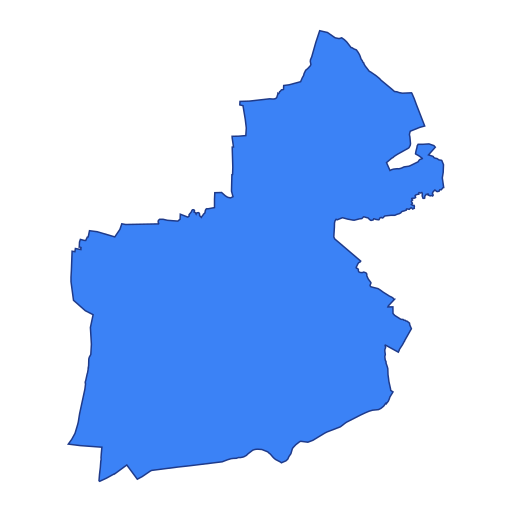 the district of Salard, Bihor, Romania
{"feature_id": "2599482B49105030234410", "entity_name": "Salard", "entity_type": "district", "adm_level": 2, "iso_a3": "ROU", "parent_name": "Romania", "parent_adm1": "Bihor", "projection": "mercator", "projection_center": [22.046, 47.233], "detail": "fine", "context": "isolated", "style": "filled", "palette": "blue", "viewbox_px": 512, "rotation_deg": 0, "n_neighbors": 0, "source": "geoboundaries", "source_scale": "gbopen_adm2", "svg_char_len": 6018}
<svg xmlns="http://www.w3.org/2000/svg" viewBox="0 0 512 512"><path d="M386.3,403.7L388.3,401.2L389.3,398.9L389.9,397.0L393.0,391.9L390.7,390.4L390.6,389.2L388.9,381.5L388.5,378.2L388.0,374.7L387.8,368.7L387.4,367.1L386.4,364.1L386.0,363.1L386.1,362.0L385.7,360.9L385.4,360.5L385.2,359.7L384.8,356.7L385.3,354.5L384.9,351.7L384.8,349.8L385.6,347.5L385.1,345.3L385.5,345.1L398.2,352.1L398.3,351.7L398.5,351.8L399.2,350.3L399.3,349.7L399.8,348.8L402.5,344.7L404.1,341.7L404.5,341.3L404.6,340.7L411.4,328.7L409.8,325.0L409.5,323.1L407.1,321.2L406.0,321.0L405.2,320.3L403.7,320.1L403.0,319.4L401.6,319.4L400.7,319.2L394.7,315.4L393.0,313.5L392.9,306.9L387.9,306.9L388.4,305.8L394.6,299.2L393.6,299.0L393.2,298.2L391.6,297.1L389.6,296.2L383.1,292.1L380.1,289.9L378.0,288.6L370.9,286.8L370.3,286.1L370.0,285.3L370.9,283.2L370.9,282.6L368.2,278.9L366.8,275.8L366.8,274.4L366.6,273.6L366.1,273.0L364.6,272.3L363.4,272.1L362.8,272.5L361.6,272.6L359.8,272.4L358.7,271.7L358.5,271.2L358.3,270.7L358.4,269.8L358.1,269.0L356.9,268.2L356.5,268.3L356.3,268.0L356.2,267.3L358.0,263.6L358.7,262.7L360.2,261.9L360.7,261.1L334.7,238.9L333.8,236.9L334.4,227.2L334.5,223.0L335.0,220.9L336.1,219.3L337.2,219.8L342.5,217.7L347.6,219.1L352.9,220.1L354.3,220.2L359.7,218.8L361.8,218.6L363.6,216.8L364.0,216.8L366.6,217.6L367.9,217.8L369.4,219.3L370.6,220.3L371.3,220.4L373.2,219.9L373.7,218.8L374.2,218.8L375.8,219.4L378.5,219.8L379.0,219.7L379.8,218.1L380.4,217.7L381.2,217.4L382.2,218.0L382.5,217.9L383.1,217.7L384.5,216.2L385.3,215.9L391.0,215.3L394.6,215.3L395.1,215.2L397.0,214.3L399.2,213.7L400.7,212.9L401.9,211.5L404.2,210.9L406.3,210.1L406.4,209.2L406.8,208.9L409.3,209.3L410.3,208.3L411.1,207.8L411.8,208.0L412.0,208.4L412.6,209.0L414.3,208.3L414.2,207.1L414.4,206.4L414.1,205.4L412.6,205.3L411.4,204.5L412.4,203.5L412.4,203.1L411.4,201.7L411.4,201.1L412.6,200.0L411.9,199.3L411.7,198.9L411.7,198.6L412.0,198.3L414.6,198.1L415.6,197.5L415.5,196.9L415.2,196.3L415.1,195.6L415.6,195.1L417.3,194.4L418.8,194.2L418.7,193.3L418.8,192.9L419.0,192.6L419.4,192.6L420.4,193.0L421.8,192.5L422.3,193.5L422.2,196.0L423.0,198.3L424.1,198.4L424.7,198.1L424.8,196.2L425.6,195.3L426.2,194.3L427.0,194.4L427.9,193.9L428.2,194.0L428.4,194.3L428.1,195.0L430.2,195.9L431.3,195.5L432.6,196.0L433.2,195.1L432.4,193.3L433.0,192.0L434.8,190.0L435.3,190.2L436.5,191.4L437.5,191.6L439.1,191.2L439.8,189.7L440.2,189.6L441.2,189.8L443.1,187.6L443.7,187.5L442.3,177.9L443.2,172.3L443.5,164.7L441.8,160.5L441.5,160.3L439.0,159.9L436.9,158.5L435.6,158.3L434.2,157.8L433.6,157.3L433.4,156.7L432.8,156.3L428.5,154.9L435.3,147.2L433.9,145.6L429.0,143.9L422.8,144.3L418.1,144.3L417.1,146.0L417.0,147.2L416.0,151.0L415.5,153.8L415.8,154.1L417.7,155.1L419.6,156.3L422.2,158.3L422.3,158.6L419.9,159.5L419.1,160.2L418.1,161.8L410.4,165.6L408.9,166.2L404.0,166.9L401.5,168.1L398.9,168.8L397.2,168.7L393.6,169.1L391.5,169.7L390.0,170.5L386.5,162.6L391.7,158.2L393.0,157.5L394.3,156.3L397.4,154.3L408.7,148.0L409.3,147.2L410.3,145.1L410.5,143.6L409.9,136.9L409.4,134.7L409.8,132.6L410.3,131.2L419.7,127.4L424.7,126.0L416.4,104.6L414.2,98.6L411.9,93.3L411.5,92.8L402.4,93.2L399.2,92.6L397.0,91.8L394.5,91.5L391.9,89.2L380.8,80.0L379.6,78.6L376.2,75.8L370.7,72.0L369.3,71.3L365.1,65.9L364.0,64.0L363.8,63.0L363.0,62.4L362.3,60.8L361.0,58.9L360.2,56.4L359.4,54.5L358.1,52.3L356.4,49.9L353.9,48.9L352.0,47.7L351.1,47.6L346.7,41.9L344.4,39.7L341.7,37.8L339.5,38.5L338.5,38.5L335.1,37.8L327.5,32.5L319.7,30.7L315.9,42.1L311.7,56.9L310.5,59.7L310.3,61.5L310.9,64.5L310.3,65.8L307.6,68.7L305.7,70.2L304.1,73.5L303.6,75.5L302.4,77.6L300.6,81.7L289.1,84.8L283.7,85.5L283.5,89.4L282.8,89.7L281.5,89.8L280.3,91.3L279.6,91.7L279.2,93.0L278.4,93.7L277.9,93.3L277.8,94.2L276.8,97.3L276.2,98.1L275.2,98.7L273.8,99.0L272.4,99.0L269.7,98.8L249.4,101.1L240.0,101.4L239.8,104.9L243.0,105.7L245.3,119.6L246.3,128.0L245.8,135.6L238.4,136.2L232.1,136.3L232.2,138.1L233.5,147.0L232.2,147.1L232.8,167.2L232.6,173.8L232.5,174.6L231.9,174.7L231.5,191.1L233.0,196.7L230.5,197.9L227.7,197.3L225.3,195.8L221.6,192.5L214.8,192.7L214.5,199.3L214.5,207.6L208.0,208.8L206.8,208.7L206.1,209.1L205.4,210.3L204.9,212.9L203.4,214.3L202.8,215.4L201.8,216.5L201.4,217.4L200.1,216.2L199.6,215.5L199.5,213.7L199.0,212.9L198.4,212.6L196.9,212.8L196.3,213.6L196.1,214.1L195.2,212.5L194.1,212.1L194.5,210.5L194.1,210.0L193.4,209.7L192.5,209.8L192.0,210.3L191.2,212.1L189.1,214.6L189.1,216.1L187.8,217.1L180.3,214.2L180.1,219.2L177.8,221.1L167.4,220.3L163.2,219.3L159.6,219.3L158.4,220.4L158.1,221.9L158.7,223.6L158.5,223.9L125.7,224.5L121.8,223.8L119.9,229.4L114.8,236.9L97.1,231.7L89.5,230.7L88.2,236.9L87.3,237.1L85.7,240.5L84.1,240.4L80.4,239.4L79.5,242.0L79.3,245.9L79.2,247.1L80.0,247.1L81.0,247.5L80.8,248.5L81.0,248.9L80.9,249.6L75.4,248.5L74.9,251.7L72.1,251.2L71.4,270.1L71.0,277.2L71.0,281.7L73.5,300.3L85.3,310.7L93.1,314.7L90.4,327.5L91.4,344.3L90.8,354.5L89.3,357.2L88.8,359.0L88.6,365.8L88.2,367.8L88.4,367.8L87.5,373.1L87.2,373.8L85.7,380.7L85.4,381.3L85.2,382.9L85.5,383.1L85.5,384.3L84.9,389.1L79.6,413.7L78.3,421.9L77.7,424.4L75.6,431.4L75.0,433.4L71.7,439.4L68.3,444.1L80.2,445.6L101.9,447.2L101.3,453.6L101.0,457.9L101.1,458.7L101.1,459.8L100.8,461.0L100.3,467.8L99.5,474.4L99.0,480.7L99.7,481.3L106.6,478.1L114.2,473.9L114.3,474.1L115.1,473.6L126.8,465.0L137.3,479.2L142.2,476.6L150.4,471.0L151.7,470.4L177.4,467.1L188.5,465.9L222.2,461.8L227.4,459.8L231.0,458.7L233.4,458.4L236.2,458.3L238.7,457.5L240.2,457.6L242.8,457.1L243.8,456.8L246.4,455.4L248.0,453.8L252.7,450.2L254.4,449.6L255.9,449.3L257.7,449.2L261.9,449.5L267.6,451.8L268.6,452.6L269.3,453.4L270.2,453.9L272.8,457.0L274.3,458.5L275.6,459.5L280.4,462.0L281.4,462.8L286.0,460.8L287.8,459.1L288.9,456.6L290.9,453.7L292.3,448.9L292.9,447.8L295.8,444.7L299.8,441.6L300.8,441.3L307.9,442.2L312.9,440.3L324.4,433.3L326.9,432.0L340.4,426.8L345.6,422.8L346.7,422.1L360.2,415.2L365.3,412.8L369.1,411.2L372.5,410.2L378.5,409.6L380.9,408.4L383.6,406.2L385.8,403.2L386.0,403.1L386.3,403.7Z" fill="#3b82f6" stroke="#1e3a8a" stroke-width="1.5"/></svg>